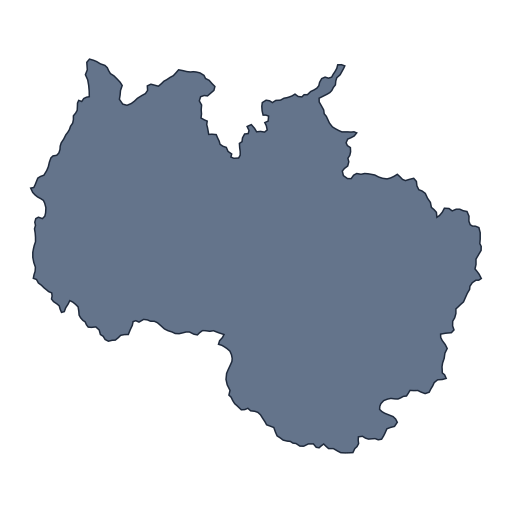 the district of Itabira, Minas Gerais, Brazil
{"feature_id": "56859067B16136879944299", "entity_name": "Itabira", "entity_type": "district", "adm_level": 2, "iso_a3": "BRA", "parent_name": "Brazil", "parent_adm1": "Minas Gerais", "projection": "robinson", "projection_center": [-43.301, -19.603], "detail": "fine", "context": "isolated", "style": "filled", "palette": "slate", "viewbox_px": 512, "rotation_deg": 0, "n_neighbors": 0, "source": "geoboundaries", "source_scale": "gbopen_adm2", "svg_char_len": 5927}
<svg xmlns="http://www.w3.org/2000/svg" viewBox="0 0 512 512"><path d="M432.6,386.1L434.2,382.6L437.6,379.8L442.3,379.5L446.2,378.4L444.6,374.8L442.3,372.9L442.2,369.8L442.0,366.8L442.6,363.0L444.2,358.3L444.9,353.2L447.2,348.5L445.2,344.5L442.2,340.5L440.7,337.4L440.6,334.1L445.7,333.2L451.4,332.7L454.0,329.9L452.6,325.9L452.7,321.2L454.7,317.8L455.9,313.5L455.9,308.9L458.0,307.0L460.8,304.3L463.5,301.9L465.3,297.8L467.3,293.3L469.6,289.4L469.9,286.3L472.3,282.7L475.9,280.2L478.7,280.2L481.3,278.5L479.1,274.2L477.0,271.4L475.0,268.9L476.0,264.5L476.0,259.1L478.6,254.6L481.1,250.4L481.2,246.4L479.8,243.6L480.2,239.1L480.2,232.7L478.9,227.6L475.5,226.2L472.5,226.1L470.2,224.7L468.9,221.2L469.0,216.2L467.0,211.5L463.1,210.7L459.8,209.2L456.2,209.2L452.2,210.9L449.0,208.5L444.4,208.2L442.3,212.2L439.5,215.5L436.9,217.3L436.4,212.3L434.0,209.6L431.4,207.4L430.4,202.4L427.5,198.2L425.3,193.4L422.1,191.0L418.8,189.7L416.9,185.8L416.4,181.4L413.7,178.3L409.3,179.4L405.4,180.6L402.5,179.4L399.9,176.7L397.3,174.3L394.1,176.3L390.7,177.9L387.1,178.9L382.6,178.3L378.6,177.0L374.8,175.0L371.1,174.3L368.3,173.8L364.7,173.5L361.0,174.3L356.7,173.5L353.6,175.2L351.2,178.6L347.5,178.6L343.4,175.6L342.3,171.1L344.4,168.5L347.7,166.0L348.8,161.8L347.9,158.3L349.8,155.3L350.6,151.8L350.4,147.6L347.4,145.6L346.1,142.8L347.7,139.1L351.0,137.7L354.2,136.0L356.7,132.9L354.0,131.8L351.0,132.1L348.1,131.9L341.9,131.9L338.7,130.5L335.5,128.8L332.4,126.9L329.4,123.0L327.7,119.3L326.3,116.3L324.2,113.8L323.7,110.0L321.5,106.0L319.2,102.0L319.1,98.2L322.9,96.3L327.1,94.2L329.8,92.6L331.8,90.5L333.4,87.4L335.4,84.9L335.8,80.9L336.8,77.7L340.1,74.8L343.5,68.7L344.8,65.9L341.5,64.7L337.7,64.8L336.8,68.3L335.0,71.6L333.1,74.4L331.7,77.1L328.5,78.2L325.1,77.1L321.7,78.6L319.6,82.3L318.8,85.8L316.8,88.2L313.9,90.0L310.7,91.5L307.4,94.7L304.1,94.7L301.9,96.9L298.1,96.5L295.0,94.1L292.1,95.9L289.5,96.9L286.9,97.7L284.0,98.2L280.4,100.2L275.8,100.4L272.4,102.6L269.6,100.8L266.1,100.2L262.3,102.6L261.8,106.3L262.1,110.8L263.1,115.1L265.9,115.1L268.6,116.1L268.1,121.1L264.8,122.6L266.3,125.7L267.2,129.9L264.6,132.1L260.5,131.4L256.6,131.8L254.6,128.4L251.3,124.6L247.1,126.5L249.0,130.5L248.2,133.6L244.6,134.0L242.5,137.9L242.0,141.7L239.4,143.4L239.7,147.9L240.2,151.4L240.2,155.2L238.6,158.0L233.8,158.3L230.9,157.0L231.7,154.0L228.0,151.4L226.3,147.4L222.8,146.2L220.0,144.2L219.2,141.2L217.7,138.1L216.2,134.6L211.9,134.2L208.7,134.4L208.2,131.4L207.5,127.6L206.7,124.6L207.2,121.1L204.4,119.9L201.0,118.0L201.5,114.0L201.2,109.9L201.6,105.0L199.3,100.9L200.6,96.7L204.2,95.5L207.5,95.9L210.4,93.4L213.9,90.4L214.9,86.5L212.1,83.7L209.1,80.3L205.5,78.5L204.0,75.4L200.0,72.9L196.2,72.0L193.2,71.7L190.5,72.0L186.9,71.6L182.8,70.6L178.6,69.8L175.9,72.9L173.3,75.7L170.1,77.4L166.7,79.7L163.9,81.2L161.6,83.5L158.4,86.2L154.7,85.2L150.9,84.2L147.3,85.9L147.6,90.4L145.4,93.6L141.9,95.5L137.4,98.3L134.4,101.2L131.3,103.5L127.0,105.3L122.7,104.1L119.4,99.3L120.1,95.0L120.5,90.5L122.2,85.5L120.1,82.2L117.1,79.0L114.0,75.9L110.4,73.6L108.6,70.6L107.3,67.7L104.9,65.4L100.3,63.8L96.7,61.6L93.6,60.3L89.5,59.1L86.8,62.3L87.0,65.4L87.3,69.8L85.4,74.7L87.7,79.8L88.7,85.5L89.2,91.3L89.3,96.7L86.5,97.2L83.8,98.5L81.7,101.5L78.7,100.4L77.5,103.1L77.4,106.4L77.2,110.3L75.7,113.0L73.4,115.8L73.4,119.6L72.7,123.1L70.5,126.3L69.4,129.6L67.7,132.4L65.9,134.7L63.7,139.1L61.2,142.9L60.2,146.1L60.0,149.4L58.9,152.9L56.7,155.3L53.0,155.9L50.9,157.9L49.4,162.1L48.3,166.8L46.7,170.6L43.9,175.2L40.4,176.5L37.8,178.1L36.3,181.8L35.2,184.6L33.8,187.5L30.7,188.1L32.7,192.4L34.9,194.8L37.5,196.9L40.8,198.7L43.4,200.4L44.7,203.2L45.9,207.7L45.6,212.9L44.8,216.2L42.4,218.6L38.4,217.2L35.8,218.6L34.8,222.2L35.5,225.4L34.5,228.8L35.2,233.1L35.5,237.3L35.5,241.8L34.2,245.6L33.5,248.6L32.8,252.4L32.8,257.4L33.8,262.5L35.4,267.2L35.1,271.4L34.1,274.4L33.3,278.3L36.5,279.5L38.4,283.0L41.4,285.2L44.2,288.0L46.5,289.8L48.6,291.6L51.7,292.9L52.1,296.0L51.5,299.0L53.5,301.6L56.8,303.8L59.2,305.8L60.1,309.1L61.5,312.4L64.3,311.6L65.7,307.8L68.1,304.1L69.8,300.6L72.8,302.1L75.5,304.3L78.1,306.9L78.8,311.3L79.1,315.1L80.6,317.8L82.9,320.4L85.2,321.9L86.4,324.7L88.2,327.1L91.4,327.4L95.8,326.9L99.2,330.0L100.4,334.5L103.2,336.3L105.1,339.5L108.4,341.2L112.1,340.3L115.3,340.1L118.3,337.7L120.7,335.3L124.3,334.6L128.3,334.5L130.3,329.6L132.3,325.4L133.1,321.6L135.8,320.7L139.0,322.1L143.6,319.4L147.5,319.9L150.4,321.2L154.4,321.3L157.4,322.7L161.0,325.8L164.4,328.9L168.0,330.7L172.1,332.0L175.2,333.5L179.1,333.7L182.9,332.8L186.0,332.0L189.5,332.0L193.9,334.2L197.4,334.9L199.6,332.7L202.5,330.6L205.5,330.7L209.9,331.3L213.5,330.7L215.9,331.7L218.8,332.8L224.0,334.5L222.5,337.5L219.6,340.7L218.5,344.3L221.8,345.3L224.2,346.7L226.9,348.5L229.9,351.1L231.5,354.8L232.2,358.5L231.9,361.5L230.3,365.1L228.2,369.6L226.6,373.4L226.0,379.4L227.2,384.8L230.0,390.4L228.9,395.1L231.1,397.2L232.8,400.7L234.7,403.7L236.8,405.5L239.1,407.7L241.3,409.8L244.7,409.6L247.9,408.3L250.6,410.8L254.8,411.3L257.9,412.4L260.5,414.8L262.6,418.2L265.1,422.0L266.6,424.8L269.9,426.0L273.8,427.5L275.4,432.0L277.1,435.9L280.1,437.8L283.1,440.1L287.2,441.1L290.3,441.4L292.9,443.1L296.0,443.5L299.9,446.1L303.7,446.2L308.4,443.9L313.4,443.9L316.2,447.3L319.1,447.8L321.2,445.9L323.7,444.0L326.0,446.3L328.6,448.6L333.4,448.6L337.7,451.1L340.8,452.7L345.2,452.9L348.9,452.8L352.9,452.6L354.8,448.6L357.0,446.6L358.6,443.6L358.2,440.3L358.4,436.8L362.5,436.3L365.4,438.1L368.5,439.1L372.0,438.8L375.1,438.6L378.2,439.8L381.6,439.2L383.6,435.9L385.0,433.1L386.9,428.8L390.3,427.5L394.5,426.4L397.3,422.3L395.6,419.0L393.1,416.6L388.6,414.8L384.8,413.3L381.9,411.6L379.6,409.4L379.8,406.3L380.9,403.6L383.7,400.6L387.5,399.1L390.9,398.4L395.0,398.9L398.0,399.0L400.6,397.9L403.3,396.4L406.5,396.0L408.2,393.4L410.0,390.4L413.9,390.6L417.9,390.5L420.6,391.9L425.1,393.6L429.2,392.2L430.8,389.0L432.6,386.1Z" fill="#64748b" stroke="#1e293b" stroke-width="1.5"/></svg>